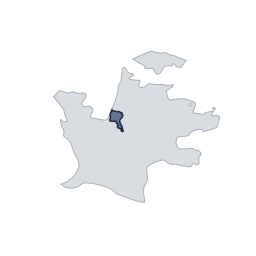 where Beyləqan sits in Azerbaijan, rotated 143°
{"feature_id": "AZE-1697", "entity_name": "Beyləqan", "entity_type": "District", "adm_level": 1, "iso_a3": "AZE", "parent_name": "Azerbaijan", "parent_adm1": "", "projection": "mercator", "projection_center": [47.672, 39.865], "detail": "fine", "context": "in_parent", "style": "filled", "palette": "slate", "viewbox_px": 256, "rotation_deg": 143, "n_neighbors": 0, "source": "natural_earth", "source_scale": "10m", "svg_char_len": 3803}
<svg xmlns="http://www.w3.org/2000/svg" viewBox="0 0 256 256"><g transform="rotate(143 128 128)"><path d="M168.6,197.8L167.7,197.8L161.3,199.3L160.0,198.8L154.5,191.8L153.4,191.0L151.0,190.7L149.7,189.6L148.5,187.7L147.9,186.3L142.2,182.5L141.4,181.1L141.3,179.9L142.1,178.8L143.1,177.9L145.8,176.9L149.1,176.1L150.1,175.5L150.6,174.5L150.6,172.9L150.1,171.3L145.4,168.4L144.9,167.1L144.8,165.6L145.0,163.9L145.8,162.7L149.5,161.0L151.6,159.2L150.3,157.2L146.2,152.7L141.4,147.7L138.1,147.6L134.4,149.1L128.5,153.4L125.2,155.2L120.9,158.2L116.2,161.5L112.3,165.1L110.0,168.0L105.7,169.3L103.5,171.7L96.4,179.1L94.4,179.0L94.3,175.4L94.4,172.5L93.9,170.8L91.6,168.5L91.6,167.5L92.2,166.9L94.0,167.3L96.3,167.2L97.4,166.3L94.9,163.2L92.8,161.2L90.9,159.9L90.5,159.1L90.5,158.5L90.9,157.8L94.0,156.1L94.3,154.6L94.1,152.9L89.1,150.4L85.4,151.3L82.1,148.5L79.9,146.3L77.2,143.9L74.8,142.6L72.5,139.7L68.6,136.6L66.0,135.7L66.0,135.3L66.5,134.7L67.6,134.2L74.7,134.4L75.6,133.8L76.0,132.5L77.0,130.6L78.1,127.7L78.0,125.3L70.9,121.4L65.7,117.8L62.1,113.1L59.6,108.7L59.7,107.3L60.4,105.9L66.0,101.9L66.4,100.8L66.2,100.1L64.3,98.1L61.8,95.9L61.0,94.4L59.4,93.6L56.4,93.5L51.2,90.9L50.1,90.7L49.9,90.1L50.1,89.6L53.8,88.6L53.8,87.7L52.7,86.5L50.6,85.7L48.6,83.6L48.0,81.7L54.7,76.2L56.7,75.1L61.1,76.2L70.2,79.8L69.6,81.8L70.5,83.0L72.6,84.5L76.7,86.1L80.1,86.9L81.8,86.2L84.4,85.6L87.8,87.4L91.0,89.7L92.6,90.6L93.4,90.9L95.8,90.1L98.7,87.2L99.8,83.6L100.1,81.9L98.4,79.5L95.0,77.0L91.1,74.7L88.6,72.7L87.1,68.8L85.5,68.3L85.1,67.8L84.8,66.5L84.9,64.6L85.4,63.2L87.0,62.5L88.5,62.3L90.0,60.9L91.8,58.2L92.5,56.7L95.9,57.6L96.3,60.0L96.9,60.5L98.3,60.2L100.6,59.2L102.5,60.0L104.9,62.9L108.2,65.9L109.9,68.0L110.6,69.4L112.3,70.8L114.8,72.4L116.7,74.9L118.5,80.7L120.2,82.1L126.5,84.3L128.8,84.8L135.0,85.5L137.2,85.0L140.4,80.0L143.3,74.8L145.9,73.7L150.8,71.2L153.7,68.8L154.9,66.2L157.7,61.4L159.4,58.7L162.2,61.1L167.2,67.6L174.3,78.3L176.0,81.3L177.2,84.8L178.2,89.0L179.8,92.7L187.0,102.1L190.1,105.5L195.1,109.9L196.9,110.9L199.3,111.2L203.6,111.2L207.6,113.0L209.6,114.2L211.6,116.0L213.5,118.0L215.3,123.4L208.4,121.6L201.4,121.9L197.4,123.1L193.6,124.7L189.9,126.9L187.6,131.3L185.7,141.3L182.8,150.7L182.9,155.1L184.2,159.2L184.0,161.2L182.7,162.0L181.1,163.8L178.9,172.3L177.9,174.0L176.5,175.1L176.1,174.1L176.2,171.9L173.1,169.9L171.5,172.1L170.4,176.8L168.2,181.7L168.1,182.7L168.6,197.8ZM65.1,109.6L65.5,108.3L64.6,107.6L63.7,107.6L62.8,108.3L62.8,110.0L64.0,110.3L65.1,109.6ZM42.2,149.0L41.2,147.6L40.7,146.9L43.8,146.2L48.9,144.4L50.3,145.3L51.8,147.2L52.5,148.8L52.7,151.8L53.3,152.3L55.8,151.2L56.9,152.5L58.8,153.9L62.2,155.3L67.0,153.1L69.4,152.5L71.3,152.6L72.4,153.3L72.8,155.6L72.4,158.5L71.8,160.0L72.8,161.2L76.8,163.9L78.4,165.4L77.6,168.1L80.5,174.6L81.5,177.1L82.7,180.2L76.7,178.9L65.9,176.3L62.9,175.0L60.1,171.4L58.4,169.7L55.9,167.4L53.9,166.6L52.3,165.0L51.4,162.7L50.1,160.6L47.9,158.2L42.9,149.9L42.2,149.0ZM48.6,92.7L48.0,93.1L46.9,92.7L46.6,91.6L46.7,90.5L47.7,90.3L48.6,90.6L48.8,91.6L48.6,92.7Z" fill="#d9dde1" stroke="#a8b0b8" stroke-width="1"/><path d="M134.9,148.7L133.6,150.1L129.8,152.2L129.8,150.6L127.8,148.9L127.1,147.8L126.4,146.9L125.4,146.7L124.8,145.5L124.2,144.5L123.8,143.7L124.2,143.3L124.6,143.1L124.4,142.5L124.2,141.9L124.8,141.0L125.7,140.6L125.9,140.2L126.3,139.9L127.0,140.0L127.8,139.9L128.8,139.5L129.8,139.2L130.7,138.2L131.2,136.8L131.6,134.9L131.9,132.9L132.6,131.4L133.9,128.3L134.3,128.4L134.7,128.6L134.8,129.1L134.9,130.1L135.0,130.2L133.7,131.4L134.8,132.6L135.8,133.8L135.8,135.4L134.5,136.3L133.9,136.6L133.5,137.2L133.8,137.9L134.4,138.3L133.9,139.7L133.7,140.9L134.8,141.5L135.9,142.4L137.0,143.4L138.1,144.2L137.8,145.4L136.5,146.2L135.2,147.4L134.9,148.7L134.9,148.7Z" fill="#64748b" stroke="#1e293b" stroke-width="1.5"/></g></svg>